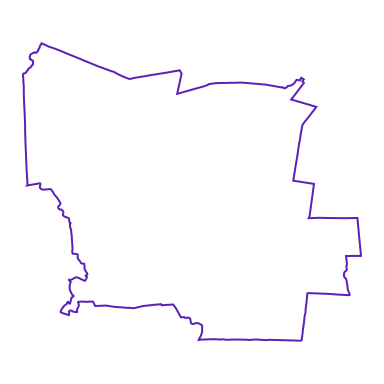 Stolnici, Arges, Romania (Albers equal-area conic projection)
{"feature_id": "2599482B48511043053031", "entity_name": "Stolnici", "entity_type": "district", "adm_level": 2, "iso_a3": "ROU", "parent_name": "Romania", "parent_adm1": "Arges", "projection": "albers", "projection_center": [24.745, 44.58], "detail": "fine", "context": "isolated", "style": "outline", "palette": "violet", "viewbox_px": 384, "rotation_deg": 0, "n_neighbors": 0, "source": "geoboundaries", "source_scale": "gbopen_adm2", "svg_char_len": 5633}
<svg xmlns="http://www.w3.org/2000/svg" viewBox="0 0 384 384"><path d="M349.8,294.7L347.7,289.3L347.4,285.8L346.9,283.5L346.8,282.0L346.5,280.3L345.9,278.7L344.7,277.5L344.1,276.6L344.0,276.0L343.9,274.7L344.0,273.7L344.2,272.9L344.6,272.0L345.2,271.4L346.4,270.6L346.7,270.3L346.8,269.7L346.5,267.6L346.5,266.2L347.0,263.9L346.5,260.0L346.4,259.7L346.3,258.8L346.1,256.0L361.0,255.9L357.4,218.0L343.8,218.2L328.1,218.0L319.6,217.8L311.0,218.1L308.7,218.1L309.6,216.0L314.0,183.9L293.3,180.7L296.0,163.5L297.1,157.4L298.0,151.2L299.1,143.8L299.8,140.6L300.7,134.3L302.2,126.1L302.5,125.0L303.1,123.9L314.6,109.3L315.8,107.5L316.3,106.9L291.2,99.5L292.3,98.0L295.5,94.0L303.2,83.8L303.7,83.4L303.8,82.9L303.6,82.4L302.3,81.3L303.8,79.3L303.5,79.1L301.1,77.8L299.9,80.4L296.6,79.8L293.9,83.7L290.8,85.6L288.0,85.9L286.7,87.3L284.4,88.4L282.5,87.2L282.1,87.5L265.6,84.6L242.2,82.6L215.9,83.1L208.6,84.2L207.5,85.1L203.6,86.4L177.2,93.8L181.6,73.7L179.7,70.3L166.9,72.6L149.7,75.3L147.2,75.7L147.2,75.8L146.9,75.9L144.2,76.3L135.9,77.6L129.5,79.0L126.4,77.9L121.0,75.6L118.0,74.2L113.8,71.8L112.0,71.4L97.6,66.1L82.4,59.9L81.2,59.3L69.2,54.5L60.1,50.7L54.5,48.5L48.4,46.5L46.9,45.6L41.5,43.3L41.4,43.9L41.3,44.4L41.1,44.7L40.6,45.0L40.1,45.6L39.9,46.1L39.8,46.9L39.5,47.5L39.3,48.3L38.6,49.1L38.3,49.6L38.2,50.0L38.2,50.8L38.0,51.2L37.4,51.6L37.0,51.8L36.4,52.6L36.0,52.9L35.5,52.9L34.6,52.4L33.8,52.6L33.1,53.1L32.7,53.2L32.2,53.5L31.2,53.9L30.8,54.2L30.5,54.6L29.9,56.1L29.6,57.1L29.7,57.8L29.9,58.4L29.9,59.2L30.1,59.3L30.5,59.2L30.7,59.3L31.6,59.9L31.6,60.2L31.7,60.3L32.2,60.5L32.6,60.5L32.8,60.7L33.1,61.2L33.2,61.8L33.1,62.3L32.9,63.1L33.0,63.8L32.9,64.3L32.4,64.9L32.2,65.5L31.4,65.8L31.2,66.0L31.1,66.7L30.6,67.5L29.5,67.9L28.9,68.3L28.4,69.1L28.0,69.4L27.9,70.1L27.6,70.5L27.4,70.7L26.8,70.9L26.7,71.5L26.4,72.0L26.0,72.7L24.8,73.3L23.8,73.4L23.6,73.6L23.4,73.8L23.1,74.1L23.0,74.5L23.1,75.4L23.0,75.9L23.2,77.3L23.3,78.6L23.4,82.9L23.5,83.6L23.7,84.2L23.9,98.0L24.1,102.8L24.7,114.2L25.1,125.3L25.1,129.7L25.5,143.3L26.0,154.5L26.3,162.2L26.7,171.3L27.3,181.0L27.4,185.2L27.2,185.5L39.7,183.3L40.1,183.4L40.3,183.5L40.4,184.0L40.4,184.5L39.9,186.2L39.8,187.1L40.0,187.9L40.4,188.4L41.7,189.3L42.1,189.5L43.1,189.6L43.6,189.7L44.7,189.5L48.0,189.3L49.4,189.1L50.2,189.1L51.1,189.4L51.8,190.6L52.7,191.7L53.1,192.3L53.7,193.5L53.9,193.8L54.6,194.9L55.3,195.8L56.4,196.8L56.9,197.4L57.2,197.9L57.8,198.8L58.0,199.4L58.7,200.1L59.0,200.6L59.9,202.1L60.1,202.7L60.5,203.4L60.3,204.1L59.5,205.3L58.5,206.3L58.3,206.6L58.2,207.4L58.3,207.9L58.5,208.4L58.8,208.8L59.5,209.3L60.1,209.5L61.3,209.5L61.6,209.7L62.2,210.4L62.8,210.9L63.2,211.3L63.3,211.8L63.4,212.6L62.9,214.7L62.9,215.0L63.1,215.5L64.0,216.3L64.8,216.7L66.0,217.2L66.9,217.4L68.5,218.2L68.9,218.5L69.1,218.7L69.2,221.1L69.5,222.3L69.7,222.6L70.5,223.0L70.5,223.4L70.2,223.6L70.0,223.9L70.1,224.7L70.0,224.9L69.9,225.2L70.1,225.8L70.1,227.2L70.2,227.7L70.5,228.3L70.9,228.9L71.0,229.3L71.4,233.7L71.7,235.0L71.7,235.8L71.8,237.7L72.0,241.2L72.2,242.6L72.5,248.1L72.5,249.9L72.2,250.8L72.3,251.8L72.4,253.2L72.5,253.4L72.7,253.6L73.2,253.7L76.8,254.1L77.3,254.3L77.7,254.7L77.8,255.1L77.6,256.6L77.6,257.5L77.8,258.3L78.2,259.0L79.9,261.1L81.1,263.2L81.7,263.5L82.7,263.5L83.6,263.6L83.9,263.7L84.3,264.0L84.4,264.6L84.5,266.1L84.5,268.4L84.6,269.0L84.8,269.6L85.1,270.2L85.8,271.4L87.0,273.1L87.3,273.7L87.4,274.1L87.3,274.3L87.0,274.8L86.7,275.0L85.8,275.3L85.7,275.5L85.7,275.8L85.8,276.0L86.8,276.7L86.9,276.9L86.9,277.2L86.6,278.0L85.6,280.1L85.3,280.5L84.9,280.8L84.4,280.7L83.8,280.5L82.5,279.8L81.2,279.3L80.0,278.6L78.3,277.8L76.6,277.3L75.9,277.4L75.0,277.7L71.4,279.7L70.5,279.9L68.9,279.8L68.9,280.0L70.7,282.1L69.9,284.4L69.7,285.8L69.6,286.7L69.7,287.5L69.9,289.7L70.0,290.2L71.1,292.5L71.4,293.3L71.8,294.1L72.3,294.7L73.5,295.7L73.6,296.0L73.5,296.3L73.3,296.5L71.7,297.6L71.3,298.1L71.2,299.5L70.6,300.9L70.4,301.8L70.3,303.0L70.1,303.5L69.6,303.7L69.1,303.5L68.8,303.1L68.3,302.2L68.0,301.9L67.5,302.1L67.3,302.4L66.9,303.5L66.7,303.9L66.5,304.1L64.2,305.8L62.8,307.6L61.6,309.5L61.3,310.1L60.7,311.6L60.7,312.0L61.0,312.4L63.1,313.3L66.2,314.2L68.0,314.8L68.5,315.1L68.8,315.2L69.0,314.9L69.2,312.9L69.2,312.1L69.1,311.5L69.2,311.1L69.4,310.8L70.2,310.5L70.9,310.5L72.7,311.4L73.5,311.7L76.9,312.2L77.1,312.0L77.2,311.8L77.0,310.2L77.0,309.8L77.5,308.5L78.5,306.6L78.8,305.6L78.7,304.3L78.5,303.4L78.0,302.3L78.1,302.0L78.5,301.8L81.4,301.6L83.5,301.6L87.0,301.9L89.2,301.6L92.8,301.6L93.2,301.8L93.3,302.1L95.2,306.0L100.5,305.8L104.1,305.6L107.3,305.7L111.9,306.5L117.4,307.1L122.9,307.4L125.5,307.8L128.3,307.7L133.6,308.2L135.2,307.9L142.6,306.1L145.8,305.7L149.0,305.4L154.0,304.8L161.1,304.2L161.6,305.2L173.2,304.5L175.4,307.5L177.7,311.4L180.9,317.3L184.0,317.1L184.1,317.3L184.8,317.8L185.7,317.9L186.8,317.9L187.7,317.6L188.6,317.7L189.4,317.9L189.9,318.5L190.3,319.1L190.5,320.3L190.7,321.9L191.0,323.0L192.0,323.9L192.4,324.1L195.1,323.4L196.2,323.2L197.4,323.1L198.3,323.2L199.4,323.7L201.4,324.8L201.9,325.4L202.2,326.1L202.1,331.8L201.5,334.1L200.9,335.6L199.1,338.9L198.7,340.0L199.7,339.9L200.7,339.6L213.1,339.2L216.2,339.3L217.5,339.3L218.3,339.5L221.0,339.5L222.4,339.2L226.5,339.8L236.1,339.5L246.3,339.7L248.6,340.0L253.8,339.6L254.4,339.5L258.5,339.6L260.0,339.8L264.5,340.0L268.0,340.1L268.7,339.8L294.3,340.5L296.0,340.6L296.4,340.7L301.1,340.7L301.3,340.5L301.6,340.1L301.7,339.8L302.1,336.5L302.7,332.6L302.8,330.3L303.7,324.7L304.5,317.4L304.8,315.4L305.5,312.6L305.6,309.3L306.5,302.3L307.3,294.1L307.3,293.4L308.4,293.1L329.1,293.9L336.7,294.5L349.4,295.2L349.8,294.7Z" fill="none" stroke="#5b21b6" stroke-width="2"/></svg>